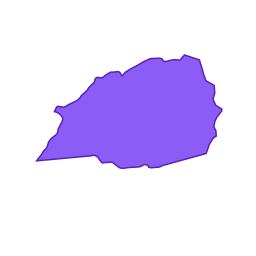 the district of Balembouche, Choiseul, Saint Lucia, rotated 242°
{"feature_id": "8701671B72959640308554", "entity_name": "Balembouche", "entity_type": "district", "adm_level": 2, "iso_a3": "LCA", "parent_name": "Saint Lucia", "parent_adm1": "Choiseul", "projection": "natural_earth1", "projection_center": [-61.027, 13.761], "detail": "fine", "context": "isolated", "style": "filled", "palette": "violet", "viewbox_px": 256, "rotation_deg": 242, "n_neighbors": 0, "source": "geoboundaries", "source_scale": "gbopen_adm2", "svg_char_len": 2505}
<svg xmlns="http://www.w3.org/2000/svg" viewBox="0 0 256 256"><g transform="rotate(242 128 128)"><path d="M68.8,185.0L75.3,192.1L79.1,198.4L79.4,202.1L84.5,204.4L89.0,204.4L93.4,208.2L96.0,211.9L99.1,218.9L100.7,219.7L106.9,216.1L113.6,216.6L118.1,221.0L125.1,224.1L133.2,219.0L139.6,219.9L146.1,221.4L150.6,222.2L154.7,223.0L166.0,212.1L165.0,209.3L164.0,207.4L163.8,206.3L163.9,205.3L164.8,203.7L165.6,202.8L166.7,200.6L167.4,198.8L168.0,196.7L168.6,194.0L169.3,192.0L169.9,191.0L170.6,190.7L170.9,190.6L171.9,190.6L172.6,190.6L173.1,190.4L174.0,189.7L174.8,188.6L175.6,187.2L176.9,184.3L177.8,182.4L178.3,181.4L178.8,179.8L178.9,178.7L179.0,177.6L179.0,175.6L179.2,173.7L179.1,169.6L178.9,166.1L178.9,161.5L178.9,156.5L178.5,152.5L178.4,151.6L177.8,149.7L177.2,148.5L176.9,147.9L176.8,147.4L177.3,146.9L178.7,146.9L180.3,147.0L181.7,146.4L182.5,145.5L183.4,143.5L184.5,140.6L185.0,139.7L185.5,138.9L185.4,138.3L185.4,135.4L185.1,132.2L184.8,131.3L184.5,130.1L184.6,128.3L186.4,125.7L187.2,124.4L187.2,123.3L186.7,121.9L185.1,120.5L184.5,119.9L183.8,118.4L183.5,117.0L182.0,112.2L180.6,110.0L179.7,107.0L178.8,103.2L178.7,102.4L177.6,100.6L177.2,99.8L176.5,97.5L176.2,95.6L176.2,93.2L176.3,92.0L176.5,87.9L176.5,85.5L176.3,82.8L176.5,81.4L177.0,80.4L178.2,79.0L179.2,77.3L179.7,76.9L180.1,76.1L180.2,75.5L179.6,74.2L178.3,72.5L177.6,71.6L177.1,70.8L177.0,70.7L176.8,70.9L176.2,71.7L175.2,72.5L173.4,73.7L172.0,74.4L169.5,74.9L167.5,75.0L166.7,74.6L165.7,73.9L163.9,71.8L163.0,70.4L161.6,68.5L161.0,67.5L160.1,66.0L158.8,65.1L157.6,64.1L156.7,63.2L156.0,61.9L155.8,61.2L155.5,59.6L155.4,58.4L155.0,56.7L154.3,54.2L153.3,52.1L152.4,50.7L151.4,49.8L150.6,49.2L149.5,47.8L148.4,46.1L148.0,45.1L147.8,44.0L147.6,43.2L146.9,42.0L146.1,40.8L145.5,39.8L144.2,36.9L142.9,33.9L141.9,31.9L120.9,82.1L120.4,84.1L119.2,86.0L117.4,87.2L115.4,87.8L113.9,87.8L111.9,88.2L109.6,88.7L109.1,89.2L108.8,89.8L108.6,90.4L108.5,91.1L107.4,93.3L106.2,96.2L105.6,97.4L104.9,98.2L104.2,98.5L103.3,98.9L103.0,99.1L102.2,99.3L100.6,100.0L99.3,100.8L98.5,101.0L98.3,101.3L97.3,101.6L96.8,102.0L96.4,102.5L95.5,103.3L94.8,104.7L94.2,105.8L93.7,107.5L93.6,108.0L90.9,114.3L90.4,115.3L89.9,116.2L88.8,118.9L88.2,120.2L88.1,121.1L88.1,121.9L88.2,123.2L88.2,124.2L88.0,125.0L87.6,126.0L86.9,127.0L85.8,127.8L85.3,128.0L84.6,128.0L84.3,127.8L83.9,127.8L83.3,128.3L82.5,129.1L81.7,130.4L80.1,134.5L79.9,134.9L79.3,135.9L78.9,137.0L78.7,138.0L78.7,139.2L78.6,141.1L68.8,185.0Z" fill="#8b5cf6" stroke="#5b21b6" stroke-width="1.5"/></g></svg>